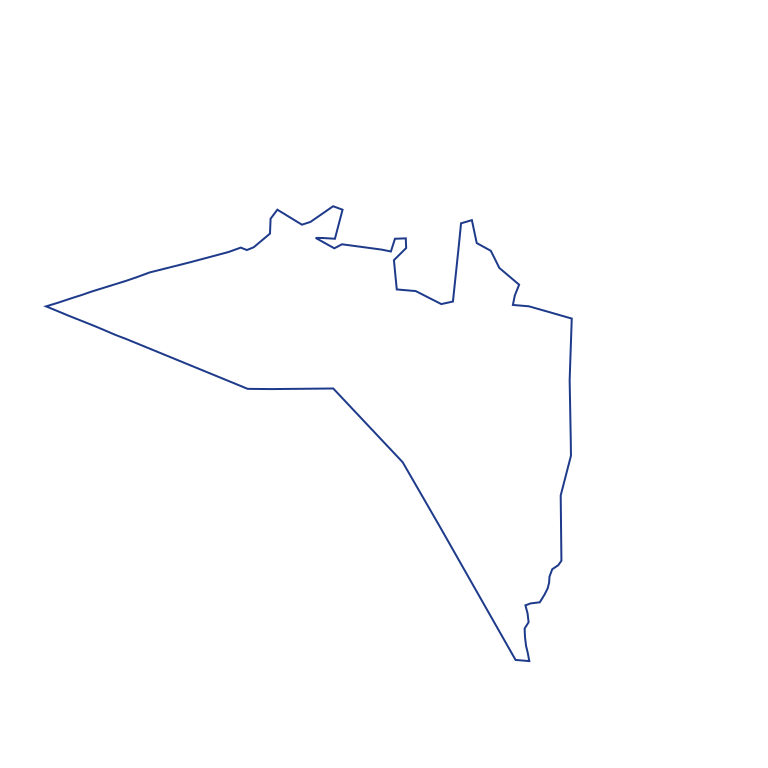 Capela, Alagoas, Brazil (Equal Earth projection), rotated 314°
{"feature_id": "56859067B67921672673820", "entity_name": "Capela", "entity_type": "district", "adm_level": 2, "iso_a3": "BRA", "parent_name": "Brazil", "parent_adm1": "Alagoas", "projection": "equal_earth", "projection_center": [-36.089, -9.345], "detail": "fine", "context": "isolated", "style": "outline", "palette": "blue", "viewbox_px": 768, "rotation_deg": 314, "n_neighbors": 0, "source": "geoboundaries", "source_scale": "gbopen_adm2", "svg_char_len": 1171}
<svg xmlns="http://www.w3.org/2000/svg" viewBox="0 0 768 768"><g transform="rotate(314 384 384)"><path d="M526.0,505.6L561.5,473.6L540.5,434.2L530.4,421.8L538.6,416.6L549.3,412.2L547.6,386.3L551.2,376.3L554.0,368.3L549.8,352.8L562.9,333.4L553.1,327.8L536.4,341.0L491.2,376.3L481.3,369.7L476.9,355.4L472.9,342.3L460.9,327.5L468.8,318.2L480.0,305.1L497.2,305.5L503.9,298.5L496.1,291.0L484.1,296.9L479.0,288.9L472.6,280.2L455.3,256.7L447.1,254.0L441.6,233.4L446.2,238.2L454.4,247.8L480.6,233.1L476.5,223.9L449.5,218.5L441.6,214.3L435.3,186.2L424.1,187.6L413.0,197.5L391.9,195.3L385.1,192.3L382.6,186.2L371.2,180.6L337.1,160.1L301.4,137.9L289.6,132.2L279.6,127.1L247.1,109.3L237.8,104.6L231.0,100.9L221.1,95.7L216.3,93.2L205.1,87.0L213.6,108.6L225.3,137.2L232.9,157.1L237.3,167.4L285.8,289.3L302.1,306.5L345.5,350.6L340.7,451.8L320.4,522.5L276.9,670.3L285.6,681.0L290.5,674.1L294.3,668.1L300.0,661.1L305.8,655.0L313.1,653.5L318.8,646.5L323.0,639.5L327.9,641.8L335.2,647.7L343.9,645.8L350.7,643.7L355.9,640.7L360.3,636.9L367.6,633.7L374.7,635.2L380.1,634.4L426.6,588.5L462.3,568.3L473.7,557.0L515.5,515.1L526.0,505.6Z" fill="none" stroke="#1e3a8a" stroke-width="2"/></g></svg>